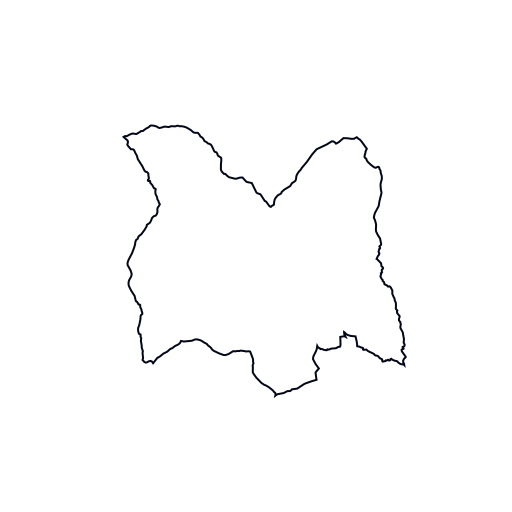 outline of San Pedro De Cartago, Nariño, Colombia, rotated 328°
{"feature_id": "7082276B73573713575428", "entity_name": "San Pedro De Cartago", "entity_type": "district", "adm_level": 2, "iso_a3": "COL", "parent_name": "Colombia", "parent_adm1": "Nariño", "projection": "mercator", "projection_center": [-77.1, 1.539], "detail": "fine", "context": "isolated", "style": "outline", "palette": "ink", "viewbox_px": 512, "rotation_deg": 328, "n_neighbors": 0, "source": "geoboundaries", "source_scale": "gbopen_adm2", "svg_char_len": 6127}
<svg xmlns="http://www.w3.org/2000/svg" viewBox="0 0 512 512"><g transform="rotate(328 256 256)"><path d="M323.9,427.1L324.5,425.7L324.5,424.1L325.2,422.9L326.5,421.9L328.1,421.3L329.3,421.2L329.6,420.6L329.2,415.3L329.2,414.1L329.7,412.7L330.3,412.5L331.8,412.9L332.1,412.7L332.0,411.1L332.2,410.8L333.4,411.1L334.0,411.0L334.6,410.6L335.1,409.9L335.3,407.7L337.4,405.0L340.0,398.4L340.3,393.7L340.9,392.5L342.7,390.6L342.9,389.3L343.4,388.6L343.1,386.5L343.7,385.4L345.9,383.3L345.5,379.1L346.1,377.8L347.0,377.1L346.6,375.1L346.7,374.7L348.7,371.8L349.7,370.0L350.3,366.7L351.0,365.2L351.0,363.8L351.5,360.4L353.4,357.4L353.4,356.7L353.6,354.0L353.2,352.5L351.9,352.0L351.6,351.6L351.6,350.6L350.0,348.0L350.7,346.1L350.2,344.4L350.7,343.5L350.4,342.5L350.6,339.8L350.9,339.0L352.6,337.7L352.8,336.8L353.9,336.7L354.4,336.5L354.6,335.6L355.4,334.3L356.5,334.2L357.4,333.6L357.5,332.9L357.0,331.1L358.2,328.5L357.1,323.1L356.7,322.4L359.2,320.7L361.2,320.0L361.3,319.6L362.1,319.0L362.1,317.6L362.3,317.2L364.3,315.3L365.2,315.3L365.5,314.9L365.7,313.3L367.9,312.8L368.5,312.2L370.5,306.8L370.4,303.0L370.8,299.0L371.5,297.4L374.3,293.3L375.0,291.7L375.8,289.0L376.3,285.9L378.3,283.7L379.9,282.4L386.1,278.9L386.9,278.2L389.8,274.9L395.8,269.1L396.3,268.1L397.2,265.6L399.2,261.8L400.0,260.7L403.6,257.3L405.0,254.9L405.9,251.5L406.8,249.6L406.9,247.4L407.3,246.5L407.3,245.6L406.8,245.0L404.3,244.6L403.5,243.9L402.9,242.6L401.9,240.1L400.7,235.6L400.6,234.0L401.0,231.9L400.5,230.6L400.5,229.6L401.4,228.3L403.3,226.7L404.3,225.4L406.8,223.8L406.2,214.9L405.7,212.1L405.1,211.2L404.4,208.7L401.2,208.5L398.7,207.0L396.7,205.2L392.7,202.4L386.5,203.3L383.8,203.2L383.3,203.0L383.3,202.0L382.3,199.8L381.0,198.9L375.1,198.9L364.0,197.6L357.7,199.5L348.9,203.2L341.4,205.6L339.7,206.5L337.3,207.1L334.5,208.3L332.5,209.7L330.7,212.0L329.4,213.0L327.8,213.3L325.0,213.3L322.5,214.6L321.7,214.8L315.1,214.7L311.8,215.3L310.3,216.3L306.6,216.1L304.0,216.9L301.9,217.9L300.2,219.6L298.3,222.0L295.9,221.9L294.6,222.2L293.8,220.9L293.4,215.2L292.6,213.9L292.5,206.4L292.3,205.8L290.4,203.5L290.0,202.2L291.1,191.9L287.4,188.3L286.9,186.7L286.2,182.5L285.9,182.1L283.9,181.0L280.2,180.0L278.8,179.0L274.9,174.9L274.0,172.6L273.5,170.2L273.0,169.7L272.4,169.5L272.0,168.0L271.7,165.7L272.2,163.8L274.9,159.6L277.5,156.2L278.4,154.4L278.4,153.9L277.0,151.0L277.0,150.0L277.4,148.7L277.4,147.2L276.3,145.9L276.1,144.9L276.7,140.6L276.8,138.1L276.3,136.7L274.9,135.1L274.4,133.3L273.2,131.2L273.4,129.0L273.2,127.2L272.2,125.2L272.3,123.0L272.0,121.0L271.5,120.4L269.6,119.2L268.5,118.1L267.4,114.5L265.2,110.3L263.7,108.4L261.7,106.5L261.0,106.0L260.3,105.8L258.9,104.2L258.2,103.8L256.3,103.3L252.7,100.9L250.5,100.5L247.0,97.8L243.9,97.0L242.0,96.3L241.1,95.2L240.4,93.6L238.6,91.5L236.2,89.7L235.0,89.5L233.6,89.9L230.0,89.7L226.3,90.0L224.5,89.1L223.7,89.3L219.6,89.2L218.8,88.9L216.8,87.1L215.6,86.5L213.5,86.1L209.9,85.9L208.5,84.9L206.8,84.9L208.2,89.7L208.2,90.6L207.7,91.7L205.9,93.3L205.8,94.6L206.5,99.2L208.2,100.3L208.7,101.4L208.2,105.6L208.2,107.5L207.1,111.3L207.2,119.4L206.7,124.2L206.9,125.7L208.1,127.2L208.4,128.6L208.3,129.3L207.3,130.9L206.4,133.3L205.8,133.8L204.8,134.1L204.4,134.5L204.4,135.3L205.8,136.1L205.7,136.8L205.1,137.8L205.6,140.9L205.4,144.6L206.1,145.2L206.4,146.2L205.0,147.6L203.7,150.0L203.2,153.9L202.4,155.6L202.4,157.7L201.9,159.3L201.9,161.1L199.9,162.3L198.6,162.7L197.2,163.9L195.6,166.7L193.7,168.1L192.4,168.6L190.2,168.1L187.9,168.7L185.6,170.5L183.8,171.5L182.4,171.7L180.0,171.7L179.6,172.0L179.2,172.8L175.3,174.8L170.2,176.8L167.0,177.1L164.5,178.8L163.1,178.8L162.6,179.0L160.9,180.4L159.7,182.0L157.0,184.4L152.4,187.9L145.9,191.7L143.9,193.3L143.1,194.2L142.3,195.7L142.0,201.7L141.2,205.0L140.1,206.5L139.0,207.4L135.9,209.1L134.2,210.5L132.9,212.5L132.3,214.1L131.8,219.4L131.9,225.5L130.5,229.6L130.3,230.8L130.9,232.0L130.7,234.6L130.9,235.1L131.6,235.5L131.8,236.1L130.7,238.2L130.5,240.6L129.8,242.3L129.5,243.9L128.7,245.0L127.4,245.1L126.3,245.8L124.3,248.6L120.5,252.6L117.8,254.7L117.0,255.9L116.1,257.6L115.6,259.7L115.7,260.4L116.5,261.3L116.4,261.7L115.3,263.3L115.2,264.4L114.9,265.1L113.4,267.0L111.6,271.4L110.6,273.0L109.6,276.8L108.4,278.1L106.1,282.8L104.7,284.0L105.2,286.8L106.2,288.1L107.1,288.4L109.3,288.5L111.0,289.1L111.8,290.3L111.9,292.4L118.7,290.0L119.4,290.3L121.8,290.2L125.7,289.7L130.1,290.1L134.0,289.4L136.3,289.8L139.7,289.4L142.3,289.8L144.0,289.8L145.7,289.4L147.4,288.3L149.5,290.3L155.3,293.2L156.9,293.9L159.9,294.4L160.9,294.9L161.9,295.5L164.3,298.1L165.2,299.7L166.3,302.2L167.6,304.2L167.9,306.4L169.0,309.3L169.2,310.3L169.2,311.9L169.9,314.0L173.3,319.3L175.9,322.6L177.5,323.8L180.8,324.6L186.2,324.6L187.9,325.9L190.2,326.8L191.1,327.6L193.0,328.2L195.8,330.5L196.6,331.4L199.6,333.1L200.4,334.0L199.1,340.7L198.5,342.6L197.5,344.0L197.1,345.5L195.1,347.1L194.4,348.7L192.2,352.0L191.6,353.2L191.5,354.7L191.8,359.2L193.3,366.4L194.7,369.6L195.9,371.2L197.4,374.1L199.1,379.0L199.2,380.7L199.7,381.9L199.7,382.6L199.0,384.1L198.4,384.7L200.7,384.5L206.9,386.9L211.0,387.2L213.3,388.6L214.6,388.5L215.8,388.1L220.7,390.3L228.7,390.1L230.5,390.3L237.3,391.8L241.7,393.1L244.5,386.8L245.1,386.2L249.7,384.7L249.3,379.2L249.7,373.6L251.4,371.6L256.9,368.2L258.4,366.9L260.3,364.7L260.2,366.6L261.2,368.0L261.3,369.1L262.6,369.7L263.7,371.4L265.8,373.3L266.2,373.4L266.7,373.0L267.1,373.0L268.2,374.0L270.7,374.4L274.8,376.5L275.9,376.7L277.2,376.6L279.4,377.4L280.8,375.8L284.6,369.3L287.7,370.5L288.6,371.1L289.1,372.0L289.4,369.1L290.4,367.2L290.6,367.6L291.1,370.2L292.0,371.7L293.9,373.9L297.8,376.9L295.9,382.4L294.0,386.2L295.8,387.8L296.4,389.0L297.9,390.5L297.9,391.1L297.3,391.7L297.3,392.4L300.0,393.9L300.6,396.0L303.5,400.5L304.2,401.9L304.2,402.8L304.4,403.4L306.1,405.0L306.4,405.7L306.9,408.4L308.1,410.2L308.0,411.0L307.4,411.8L307.5,412.7L310.2,413.7L310.8,413.3L311.6,413.9L313.0,414.0L313.3,414.3L313.4,415.1L314.1,415.5L315.0,415.3L315.5,414.7L316.2,414.8L316.8,416.4L317.9,418.0L320.1,420.3L320.1,421.5L321.1,423.8L321.7,424.6L323.7,426.2L323.9,427.1Z" fill="none" stroke="#020617" stroke-width="2"/></g></svg>